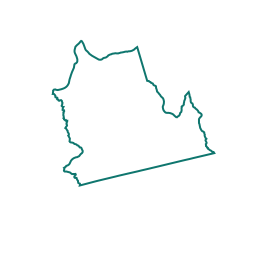 the district of São Geraldo do Araguaia, Pará, Brazil, rotated 211°
{"feature_id": "56859067B69966397982838", "entity_name": "São Geraldo do Araguaia", "entity_type": "district", "adm_level": 2, "iso_a3": "BRA", "parent_name": "Brazil", "parent_adm1": "Pará", "projection": "robinson", "projection_center": [-48.713, -6.168], "detail": "fine", "context": "isolated", "style": "outline", "palette": "teal", "viewbox_px": 256, "rotation_deg": 211, "n_neighbors": 0, "source": "geoboundaries", "source_scale": "gbopen_adm2", "svg_char_len": 4354}
<svg xmlns="http://www.w3.org/2000/svg" viewBox="0 0 256 256"><g transform="rotate(211 128 128)"><path d="M162.3,60.9L161.7,60.7L161.0,58.5L160.4,58.1L159.8,58.1L158.3,59.0L156.5,59.5L155.0,60.0L153.5,59.8L152.2,59.7L151.1,60.5L150.3,60.9L149.4,61.6L148.8,61.2L148.7,60.1L149.1,59.1L148.8,58.3L148.1,57.9L147.4,58.1L146.4,58.7L145.4,57.8L144.6,57.3L143.8,57.1L143.3,56.4L142.3,55.3L141.4,55.3L140.6,55.5L140.0,55.0L139.7,53.9L128.2,65.7L126.3,67.6L114.2,79.5L111.3,82.4L105.0,88.5L97.0,96.2L94.8,98.4L91.8,101.3L88.2,104.8L87.4,105.6L82.9,110.0L64.0,128.6L61.2,131.3L59.4,133.0L56.2,136.2L41.1,150.9L42.3,151.5L43.5,151.0L44.1,151.1L44.7,151.3L45.5,151.3L46.5,151.2L47.6,151.4L48.7,151.4L49.3,152.1L50.0,151.9L50.9,152.6L51.7,152.6L52.3,153.4L53.0,154.3L52.8,155.1L53.0,155.8L53.9,156.5L55.1,157.2L55.4,158.0L55.2,159.1L56.4,159.4L57.8,160.4L58.4,160.9L58.7,161.8L59.7,162.5L60.4,163.5L61.7,163.7L62.6,163.5L63.5,163.7L64.1,164.0L65.4,164.8L66.1,165.2L68.3,167.6L68.8,168.2L69.5,168.6L70.4,169.9L70.8,170.7L71.4,171.5L71.8,172.6L71.6,174.5L71.2,175.7L71.5,177.1L72.4,177.8L73.1,177.9L74.7,178.0L75.6,177.8L76.1,178.3L76.7,178.7L77.6,179.0L78.5,179.3L79.1,179.3L80.4,179.5L81.1,179.9L82.0,179.7L83.0,179.8L83.8,180.4L84.3,181.3L85.4,182.2L86.4,182.1L87.2,182.4L87.8,182.9L88.6,184.0L88.9,184.6L89.6,185.3L90.5,186.4L91.2,186.5L92.3,188.0L93.0,188.7L93.6,189.3L94.5,190.1L95.5,184.8L95.2,184.2L94.3,183.3L93.8,181.1L93.7,180.1L93.1,178.8L92.9,177.9L92.3,177.1L92.2,175.9L92.8,174.9L93.0,173.9L92.5,173.4L92.4,172.7L92.0,172.1L91.2,170.9L90.6,169.2L91.0,167.9L90.5,165.9L90.6,164.8L91.4,163.2L91.5,162.5L92.3,162.1L94.2,162.4L96.2,162.9L97.4,162.9L99.5,162.5L101.4,161.7L102.1,161.2L103.2,160.7L103.9,160.6L104.5,160.7L106.3,161.3L107.4,162.1L108.8,163.6L109.3,164.5L109.4,165.5L109.8,167.2L110.8,169.2L111.7,170.2L112.6,171.0L113.3,171.5L116.1,172.1L117.6,172.9L119.3,173.4L120.1,173.8L121.8,174.2L123.3,175.8L124.4,176.6L125.4,178.0L126.0,178.3L127.3,178.0L128.2,178.0L129.7,178.9L131.6,178.6L132.4,179.0L133.4,178.7L134.4,179.0L135.8,178.3L140.1,182.2L161.8,202.1L162.2,201.2L162.9,199.4L163.2,198.2L164.5,196.1L165.8,194.8L167.2,193.9L167.9,193.0L168.8,192.7L170.0,191.7L170.7,190.9L172.5,189.3L173.1,188.9L173.5,188.3L174.3,187.5L174.8,186.9L175.8,186.3L176.4,186.0L177.3,185.6L178.2,184.8L179.8,183.5L180.2,182.7L180.8,182.2L181.2,181.7L181.7,181.0L182.3,180.0L182.4,178.9L183.3,177.0L184.8,175.6L185.3,174.8L185.5,173.9L186.0,173.0L187.1,172.1L188.3,171.6L196.0,171.4L199.4,171.7L200.3,172.1L201.9,172.6L202.8,172.8L203.6,172.9L204.3,173.1L204.9,173.4L209.5,177.1L212.2,178.6L213.0,178.5L213.3,177.5L213.4,176.4L213.7,174.9L214.4,172.9L214.9,170.6L214.0,167.5L213.4,166.3L212.6,165.3L211.7,164.6L209.1,162.9L208.1,162.0L206.9,160.9L206.5,160.3L205.8,159.1L205.6,158.2L205.8,156.9L206.4,156.1L206.7,155.0L205.4,151.8L204.8,147.1L204.1,143.6L203.8,142.6L203.4,140.8L203.1,139.5L201.8,135.9L201.7,134.0L201.8,132.7L202.1,131.5L202.7,130.1L203.6,128.7L205.2,126.8L207.7,124.4L209.3,123.7L210.2,123.6L211.2,122.8L211.4,122.1L211.4,121.3L210.9,120.7L210.7,119.9L210.2,119.2L210.0,118.5L209.4,118.9L208.8,119.0L207.9,118.7L206.9,118.3L206.6,117.6L206.0,117.0L204.5,117.5L203.9,117.3L203.8,116.3L203.2,116.1L202.3,116.3L201.6,115.8L201.0,115.9L200.3,116.9L199.7,117.4L198.7,117.2L198.1,116.5L197.0,115.7L196.9,114.9L196.5,114.3L196.3,112.8L194.9,112.4L194.2,112.8L194.0,111.2L193.4,109.8L192.6,109.9L191.9,110.2L191.3,109.4L191.5,108.2L190.9,107.8L190.8,107.1L190.0,105.6L189.4,105.2L189.0,104.6L188.4,104.0L188.4,103.2L187.6,103.1L187.3,102.5L185.5,102.2L185.2,102.8L184.4,102.5L183.8,102.9L183.4,102.1L183.6,101.4L183.1,100.8L182.9,99.8L181.7,99.0L181.5,98.4L181.7,96.8L181.7,95.7L180.9,95.7L180.2,95.3L179.4,94.9L178.3,94.5L177.8,93.7L177.2,93.3L176.3,92.9L175.6,92.4L175.1,91.5L175.3,90.7L174.5,90.3L174.0,90.0L173.4,89.6L172.8,89.3L172.3,88.9L172.0,88.1L171.6,87.4L171.3,86.5L170.4,86.1L169.5,86.2L168.5,86.7L167.0,87.1L166.3,86.8L165.5,86.8L164.4,87.2L163.6,87.3L162.5,87.0L161.4,87.3L160.6,87.0L160.0,86.8L159.4,86.5L158.7,86.9L157.9,87.0L157.1,86.5L156.3,85.8L155.7,85.5L155.0,85.0L154.5,84.0L154.5,82.8L154.9,81.9L155.2,80.6L155.3,79.5L155.4,78.7L156.6,76.8L157.6,76.0L158.8,74.4L159.4,73.2L159.8,72.0L160.0,70.4L159.7,67.8L159.7,66.6L160.3,65.1L160.9,64.3L161.4,63.8L161.4,62.8L162.3,60.9Z" fill="none" stroke="#0f766e" stroke-width="2"/></g></svg>